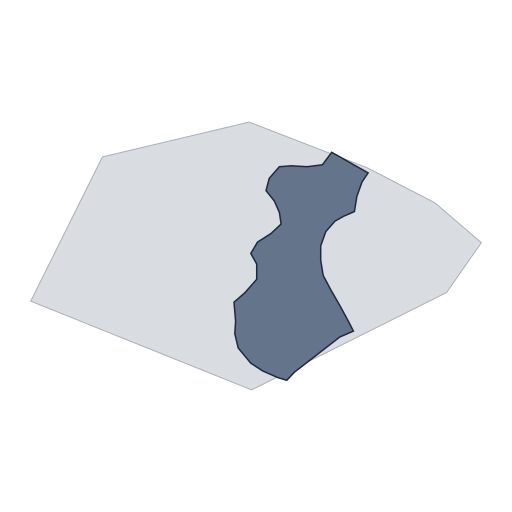 Central Singapore highlighted on a map of Singapore
{"feature_id": "SGP-4871", "entity_name": "Central Singapore", "entity_type": "state/province", "adm_level": 1, "iso_a3": "SGP", "parent_name": "Singapore", "parent_adm1": "", "projection": "robinson", "projection_center": [103.856, 1.349], "detail": "fine", "context": "in_parent", "style": "filled", "palette": "slate", "viewbox_px": 512, "rotation_deg": 0, "n_neighbors": 0, "source": "natural_earth", "source_scale": "10m", "svg_char_len": 793}
<svg xmlns="http://www.w3.org/2000/svg" viewBox="0 0 512 512"><path d="M446.6,292.5L251.6,389.9L30.7,301.2L102.4,156.9L249.1,122.1L367.5,167.9L435.0,202.9L481.3,242.7L446.6,292.5Z" fill="#d9dde1" stroke="#a8b0b8" stroke-width="1"/><path d="M353.4,331.1L339.8,337.0L294.3,372.3L286.8,380.3L277.8,377.6L262.6,370.9L250.8,363.2L238.2,348.0L234.8,333.7L235.6,321.3L234.0,302.2L244.9,292.7L256.7,279.3L256.7,264.0L250.8,253.5L257.5,242.1L271.0,233.5L281.1,224.0L279.4,212.5L274.4,201.1L266.0,190.6L269.3,178.2L279.4,166.7L291.2,165.8L307.2,166.7L322.4,164.8L331.7,152.3L368.1,172.9L362.0,182.0L356.9,196.3L354.4,211.6L343.5,216.3L335.0,221.1L325.8,231.6L320.7,245.9L320.7,260.2L323.2,275.5L330.8,289.8L340.1,306.0L349.4,323.2L353.4,331.1Z" fill="#64748b" stroke="#1e293b" stroke-width="1.5"/></svg>